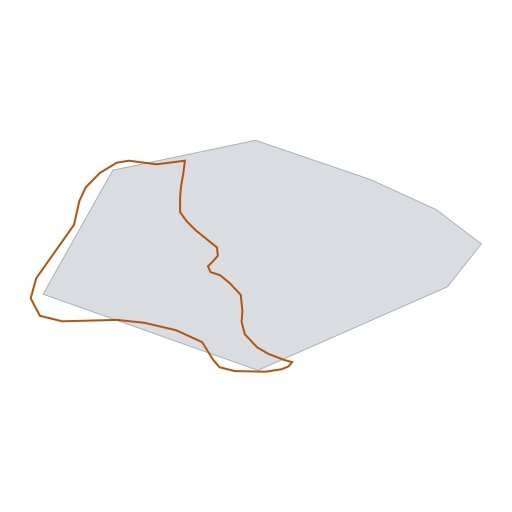 where South West sits in Singapore
{"feature_id": "SGP-4872", "entity_name": "South West", "entity_type": "state/province", "adm_level": 1, "iso_a3": "SGP", "parent_name": "Singapore", "parent_adm1": "", "projection": "albers", "projection_center": [103.764, 1.348], "detail": "fine", "context": "in_parent", "style": "outline", "palette": "amber", "viewbox_px": 512, "rotation_deg": 0, "n_neighbors": 0, "source": "natural_earth", "source_scale": "10m", "svg_char_len": 828}
<svg xmlns="http://www.w3.org/2000/svg" viewBox="0 0 512 512"><path d="M447.5,286.7L257.9,370.3L43.1,294.2L112.8,170.2L255.5,140.3L370.7,179.7L436.3,209.7L481.3,243.9L447.5,286.7Z" fill="#d9dde1" stroke="#a8b0b8" stroke-width="1"/><path d="M292.1,362.1L288.5,366.4L281.9,369.2L265.7,371.7L234.8,371.1L219.5,367.2L213.0,359.6L202.2,342.2L176.0,330.2L144.3,322.8L117.2,319.9L62.2,321.3L39.9,315.8L30.7,298.3L36.2,278.3L74.0,224.8L79.4,200.9L85.7,187.4L99.9,172.9L116.7,162.7L128.9,160.7L156.5,164.3L184.9,160.7L183.4,172.9L181.0,186.8L180.1,197.5L180.1,212.2L186.7,221.3L195.7,230.3L204.7,237.6L217.0,247.5L217.8,255.7L212.9,261.4L208.0,266.3L210.5,272.1L220.3,275.3L230.1,283.5L240.8,295.0L242.4,311.4L241.6,322.0L244.9,334.3L257.2,347.4L268.6,354.0L283.4,359.7L292.1,362.1Z" fill="none" stroke="#b45309" stroke-width="2"/></svg>